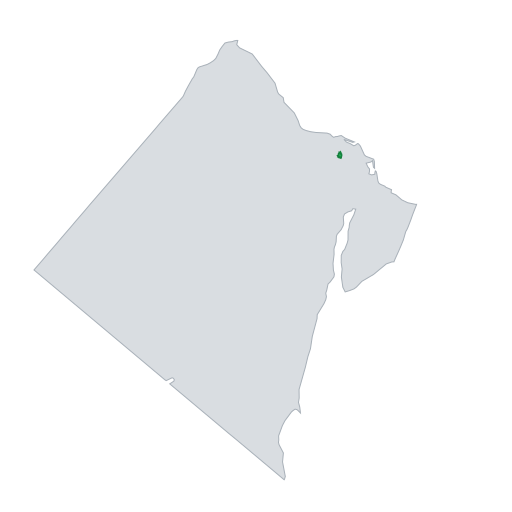 location of Basyun, Al Gharbiyah, Egypt, rotated 40°
{"feature_id": "37247803B14729269607977", "entity_name": "Basyun", "entity_type": "district", "adm_level": 2, "iso_a3": "EGY", "parent_name": "Egypt", "parent_adm1": "Al Gharbiyah", "projection": "robinson", "projection_center": [30.832, 30.96], "detail": "fine", "context": "in_parent", "style": "filled", "palette": "green", "viewbox_px": 512, "rotation_deg": 40, "n_neighbors": 0, "source": "geoboundaries", "source_scale": "gbopen_adm2", "svg_char_len": 4431}
<svg xmlns="http://www.w3.org/2000/svg" viewBox="0 0 512 512"><g transform="rotate(40 256 256)"><path d="M421.4,409.3L412.4,409.3L403.4,409.3L394.3,409.3L385.3,409.3L376.3,409.3L367.3,409.3L358.3,409.3L349.3,409.4L340.3,409.4L331.3,409.4L322.3,409.4L313.3,409.4L304.3,409.4L295.3,409.4L286.3,409.4L277.3,409.4L272.1,409.4L273.0,406.5L273.5,404.5L272.9,403.2L271.2,402.8L270.0,403.2L267.3,409.2L265.9,409.4L262.7,409.4L252.2,409.4L241.8,409.4L231.3,409.4L220.8,409.4L210.3,409.4L199.8,409.4L189.3,409.4L178.8,409.4L168.3,409.4L157.9,409.4L147.4,409.4L136.9,409.4L126.4,409.4L115.9,409.4L105.4,409.4L94.9,409.4L95.0,402.2L95.1,395.1L95.1,388.0L95.2,380.8L95.3,373.7L95.3,366.6L95.4,359.4L95.5,352.3L95.5,345.2L95.6,338.0L95.7,330.9L95.7,323.8L95.8,316.7L95.9,309.5L96.0,302.4L96.1,295.3L96.2,288.1L96.3,281.0L96.4,273.9L96.5,266.7L96.6,259.6L96.7,252.5L96.8,245.3L96.9,238.2L97.0,231.1L97.1,223.9L97.1,216.8L97.2,209.7L97.3,202.5L97.4,195.4L97.5,188.3L97.6,181.1L97.4,179.8L96.0,175.0L94.7,168.8L93.3,161.2L93.2,158.8L90.8,151.0L90.6,148.8L91.3,147.2L95.5,140.6L96.8,137.4L97.9,133.6L98.2,130.5L97.1,125.7L95.8,121.5L95.4,117.1L95.3,112.8L97.4,109.8L100.0,107.1L100.9,105.4L102.4,103.5L103.5,102.6L105.4,106.5L109.6,107.1L123.3,103.7L138.4,107.1L146.7,108.5L159.5,111.4L167.3,116.6L169.4,117.3L175.1,117.2L178.7,120.3L193.4,121.8L201.2,125.2L205.7,128.0L208.3,128.8L210.7,128.7L213.9,127.6L217.9,125.7L222.3,123.0L231.4,116.2L234.6,115.0L236.7,115.3L239.2,115.2L240.3,113.3L241.6,112.1L242.5,110.6L243.9,108.9L248.6,108.4L258.0,105.4L257.0,106.8L248.4,110.2L252.1,110.6L255.8,109.4L260.1,108.7L260.9,107.3L261.5,104.6L262.3,104.2L265.3,104.7L274.1,108.9L276.3,108.9L282.6,106.7L283.9,106.2L285.9,107.5L290.5,112.6L288.9,112.5L284.0,108.1L283.5,110.3L280.7,114.1L284.3,115.8L287.1,116.4L288.7,118.5L289.6,120.5L292.4,119.6L294.5,117.0L293.4,115.6L292.7,114.1L293.6,114.0L295.6,115.3L301.2,120.2L303.1,121.2L305.3,121.1L309.8,119.7L311.1,119.9L317.2,118.1L317.9,119.4L318.9,120.7L323.9,119.2L331.6,119.3L337.9,117.7L345.2,113.8L345.8,113.2L346.2,114.1L347.1,116.8L349.4,123.6L351.4,128.9L353.9,136.2L354.7,139.1L355.0,141.0L358.6,149.1L360.7,155.7L362.3,161.1L364.5,169.0L365.4,171.8L363.9,173.2L360.9,178.3L357.9,194.6L353.4,207.3L352.9,215.3L352.2,218.2L350.0,222.2L347.4,226.2L342.6,224.1L334.9,217.2L330.3,210.6L325.5,206.3L320.9,200.7L319.6,196.6L319.7,194.0L317.6,187.6L316.2,184.6L310.6,177.8L309.0,174.2L307.8,172.6L306.5,170.4L304.5,161.6L302.3,156.0L299.8,157.5L300.2,159.9L298.1,163.1L296.8,166.9L297.8,170.0L302.3,174.7L303.3,176.7L304.3,181.1L304.2,187.2L304.9,189.2L308.3,193.7L309.6,196.4L310.3,198.7L311.4,200.7L314.8,204.6L319.7,212.1L324.4,217.1L327.7,219.5L329.1,221.9L329.5,228.2L329.2,231.2L332.2,236.8L333.3,239.6L336.1,241.9L337.5,244.6L338.7,248.9L340.6,261.6L343.0,264.7L350.8,281.4L357.3,292.0L360.5,299.9L365.3,309.5L374.8,330.6L380.4,337.1L382.6,340.8L386.6,343.6L391.0,347.7L386.9,347.3L385.8,347.5L384.4,348.2L383.7,350.7L383.4,352.7L384.0,363.4L385.2,368.9L388.9,379.2L391.7,382.3L393.0,384.3L394.9,385.7L403.6,389.3L408.7,396.7L420.2,406.1L421.3,408.7L421.4,409.3Z" fill="#d9dde1" stroke="#a8b0b8" stroke-width="1"/><path d="M256.2,123.1L256.0,122.9L255.6,122.9L255.4,122.8L255.2,122.8L254.9,122.9L254.7,123.0L254.7,122.9L254.6,122.7L254.6,122.4L254.5,122.2L254.4,122.1L254.2,122.1L253.9,122.1L253.7,122.0L253.7,122.3L253.5,122.5L253.3,122.8L253.2,122.9L253.1,123.0L253.3,123.1L253.5,123.2L253.6,123.3L253.6,123.5L253.8,123.7L253.8,123.9L253.7,124.0L253.4,124.2L253.4,124.3L253.4,124.5L253.5,124.7L253.6,124.8L253.8,125.0L254.1,125.1L254.2,125.3L254.3,125.4L254.3,125.5L254.4,125.8L254.3,126.0L254.2,126.1L254.1,126.3L254.4,126.3L254.5,126.4L254.6,126.2L254.8,126.0L255.0,126.1L255.0,126.3L255.0,126.5L255.3,126.7L255.3,126.8L255.4,126.7L255.4,126.4L255.5,126.4L255.8,126.4L256.0,126.4L256.0,126.5L256.0,126.8L256.2,127.0L256.1,127.3L256.3,127.3L256.3,127.2L256.5,127.1L256.7,126.9L256.8,126.8L257.0,126.8L257.1,126.7L257.3,126.7L257.5,126.7L257.8,126.6L257.7,126.5L257.6,126.4L257.5,126.2L257.8,126.2L258.0,126.3L258.1,126.2L258.1,125.9L257.9,125.7L257.7,125.4L257.6,125.2L257.4,124.7L257.2,124.7L257.0,124.4L257.0,124.2L257.0,123.9L256.9,123.8L256.7,123.8L256.5,123.7L256.4,123.7L256.2,123.6L256.0,123.4L255.9,123.4L256.0,123.2L256.2,123.1ZM253.8,126.7L253.9,126.8L254.0,126.8L254.3,126.9L254.2,126.7L254.1,126.4L253.9,126.5L253.8,126.7Z" fill="#22c55e" stroke="#15803d" stroke-width="1.5"/></g></svg>